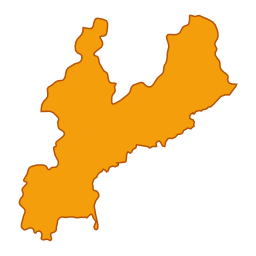 the Province of Hamgyŏng-namdo
{"feature_id": "PRK-3311", "entity_name": "Hamgyŏng-namdo", "entity_type": "Province", "adm_level": 1, "iso_a3": "PRK", "parent_name": "North Korea", "parent_adm1": "", "projection": "orthographic", "projection_center": [127.614, 40.189], "detail": "fine", "context": "isolated", "style": "filled", "palette": "amber", "viewbox_px": 256, "rotation_deg": 0, "n_neighbors": 0, "source": "natural_earth", "source_scale": "10m", "svg_char_len": 5657}
<svg xmlns="http://www.w3.org/2000/svg" viewBox="0 0 256 256"><path d="M236.6,84.3L236.1,85.2L235.8,86.4L232.7,90.4L229.5,94.9L225.4,94.8L220.7,96.5L214.2,103.6L210.8,106.7L208.2,107.2L206.8,108.7L204.0,109.6L202.5,109.7L201.5,111.0L198.8,110.6L195.9,111.5L194.3,113.9L193.2,113.9L193.1,112.8L191.4,113.6L189.9,115.5L189.7,118.4L190.8,119.0L193.3,120.0L193.6,121.1L194.3,121.9L193.8,123.6L194.0,126.4L192.8,126.9L190.9,128.8L190.3,128.8L189.1,128.2L187.4,128.1L186.5,128.9L183.5,130.5L182.9,132.2L182.2,133.1L180.6,134.1L178.0,134.2L175.3,137.1L174.1,137.7L172.0,138.6L170.3,138.3L168.0,138.6L165.6,142.0L164.8,146.5L162.5,145.9L160.6,142.2L159.1,140.9L156.8,142.0L156.0,143.3L156.6,146.4L155.8,146.6L153.9,146.4L153.0,146.4L152.1,146.8L150.5,147.7L149.7,147.9L149.0,147.7L148.3,146.7L136.7,144.7L136.3,145.2L136.2,146.9L135.9,147.5L135.2,148.2L134.4,148.7L133.6,148.9L133.0,149.4L131.5,152.0L130.9,152.8L130.1,153.1L128.0,151.7L126.6,154.3L126.6,156.3L126.0,161.1L125.2,162.1L117.1,163.0L118.4,164.1L118.2,165.3L115.4,166.7L112.3,166.2L109.5,167.3L108.1,170.9L106.7,172.0L105.4,170.4L103.2,169.2L101.8,171.6L100.5,172.1L99.0,173.2L97.8,174.6L96.7,177.2L94.2,178.8L93.6,179.8L93.4,180.6L92.7,182.4L92.5,183.4L92.5,184.4L92.9,186.0L93.1,188.8L93.4,190.0L94.0,190.5L94.8,190.4L97.0,191.4L98.5,193.6L98.9,196.2L95.6,201.1L94.1,205.8L95.4,213.5L97.9,224.9L97.8,228.0L97.1,229.2L96.1,229.7L95.1,229.3L94.2,228.0L94.1,226.5L94.7,224.8L96.0,221.7L93.0,217.4L92.7,215.9L91.9,214.6L90.8,214.2L89.7,215.1L87.0,217.6L86.8,217.9L85.6,217.3L85.0,217.2L84.4,217.2L83.8,217.4L81.6,217.2L77.3,217.8L72.9,217.0L70.0,216.8L65.6,217.5L62.3,216.9L61.7,217.0L61.1,217.1L60.4,217.5L59.7,217.9L58.9,218.7L58.3,219.4L57.8,220.2L57.5,221.2L57.0,224.8L56.4,227.2L56.3,229.5L56.1,230.3L55.7,231.0L54.7,231.8L54.0,232.2L51.4,233.0L50.9,233.6L50.6,234.5L50.9,236.3L51.5,238.3L51.5,239.0L51.3,239.7L50.2,240.6L48.4,239.6L47.5,239.4L46.2,239.3L43.7,239.8L43.0,239.8L42.4,239.6L41.8,239.3L41.3,238.8L41.2,238.1L41.9,235.9L41.9,235.1L41.9,234.2L41.5,233.1L41.1,232.3L40.6,231.7L40.0,231.4L39.4,231.2L38.7,231.1L38.1,231.2L37.4,231.4L36.8,231.7L35.9,232.8L35.3,233.1L34.8,233.0L34.5,232.6L34.2,232.0L33.9,230.8L33.5,229.6L33.1,229.0L32.7,228.6L32.0,228.2L31.3,228.0L30.1,227.9L29.4,228.0L28.8,228.2L25.9,229.6L24.9,229.8L24.2,229.7L23.6,229.4L23.0,229.0L22.4,228.4L21.6,227.2L21.4,226.6L21.4,225.2L21.7,223.3L23.6,215.8L25.0,212.3L25.1,211.6L25.1,210.7L24.7,209.5L24.2,208.8L20.9,205.6L20.0,204.5L19.7,203.9L19.4,203.3L19.4,202.3L19.6,201.2L20.4,199.1L21.1,198.0L21.8,197.2L22.3,196.8L22.8,196.1L23.1,195.3L23.1,194.0L23.1,193.1L22.9,192.4L22.2,190.6L22.2,189.8L22.3,188.9L23.0,187.8L26.4,184.1L26.7,183.6L26.8,183.0L26.6,182.3L26.3,182.0L24.5,181.5L24.0,181.2L23.8,180.5L23.9,179.6L25.2,177.2L26.6,175.1L26.9,174.5L27.2,173.8L28.4,169.6L28.9,168.6L29.4,167.9L29.9,167.4L31.2,166.6L32.3,166.2L37.2,165.0L42.9,165.0L44.2,165.3L45.4,165.8L45.9,166.1L46.4,166.6L47.9,169.1L48.3,169.5L48.7,169.6L49.2,169.6L49.8,169.3L50.3,169.0L51.1,168.0L51.6,167.6L52.3,167.4L55.8,167.2L56.3,166.9L56.9,166.5L57.6,165.4L58.1,164.3L58.3,163.6L58.4,162.8L58.3,161.7L58.0,160.6L55.4,155.8L55.0,154.8L54.0,150.3L53.7,148.8L53.7,148.2L53.8,147.5L54.1,147.0L55.3,146.6L55.9,146.4L56.2,145.8L56.1,145.0L55.9,143.8L55.9,143.0L56.1,142.3L56.5,141.8L62.9,136.6L63.8,135.5L64.1,134.9L64.3,134.3L64.3,132.9L63.8,132.1L63.0,131.2L59.8,129.2L58.9,128.4L58.4,127.3L58.1,125.7L57.7,122.4L58.0,121.5L58.5,120.3L58.6,119.7L58.7,119.1L58.6,118.6L58.4,118.0L58.0,117.3L53.8,113.1L53.1,112.6L51.9,112.0L50.3,111.5L49.2,111.3L41.2,111.5L41.2,109.9L41.4,107.8L41.8,105.7L42.3,103.8L44.0,101.1L46.1,98.9L47.7,96.5L47.8,93.3L47.3,89.1L48.4,87.1L50.5,86.0L53.2,84.1L54.5,82.9L55.7,81.9L57.0,81.2L58.6,80.8L62.4,80.3L63.5,79.7L65.1,77.1L66.4,70.4L68.3,67.8L75.0,63.8L78.8,62.7L79.9,62.0L80.8,61.0L81.5,59.8L81.9,58.2L81.8,55.9L80.8,54.5L77.5,52.9L75.6,50.4L75.2,46.4L75.8,42.3L77.3,39.3L81.6,34.5L82.8,31.8L83.2,27.5L86.8,28.3L90.4,28.6L92.0,28.0L93.0,26.7L93.5,24.7L93.9,22.5L95.3,19.1L97.5,18.2L103.3,19.4L106.5,20.9L107.6,23.7L107.5,27.4L106.9,31.8L106.5,33.4L105.9,34.7L104.9,35.6L103.7,36.0L101.1,36.2L99.9,36.9L100.3,38.2L102.4,41.7L102.7,44.6L101.3,47.2L95.9,51.4L94.7,52.6L94.0,53.9L94.2,55.3L95.4,55.9L96.9,56.3L98.1,57.4L98.6,58.9L99.1,62.0L99.5,63.4L103.0,69.6L103.9,70.9L104.9,71.6L105.9,72.1L106.9,73.0L107.7,74.7L108.3,78.9L108.8,80.7L109.4,81.8L110.2,82.5L111.1,82.9L112.2,83.1L115.0,83.2L116.0,83.7L115.5,84.9L114.6,86.2L114.6,87.3L114.9,88.6L115.1,90.2L114.9,91.8L114.4,92.7L112.8,94.6L112.1,96.0L111.8,97.3L111.7,100.4L111.8,102.6L112.4,103.8L113.4,104.0L114.9,103.6L120.6,100.4L128.5,94.0L129.6,92.5L130.3,90.7L130.8,88.9L131.4,87.4L132.3,86.1L133.5,85.1L140.2,82.6L141.6,82.5L142.8,82.8L143.9,83.7L146.1,85.9L148.6,87.0L151.1,86.7L153.4,84.4L156.8,79.1L158.1,77.5L162.1,74.0L163.1,72.5L163.5,71.2L164.0,66.8L164.5,65.4L165.8,63.1L166.3,61.8L166.8,59.8L167.1,57.8L167.3,53.7L167.6,51.7L168.6,47.8L168.8,46.0L168.2,42.9L167.0,39.4L166.6,36.3L168.0,34.6L170.7,34.5L173.9,34.7L176.9,34.5L179.4,33.2L180.4,31.8L182.0,28.6L182.9,27.1L184.4,26.2L187.9,24.8L188.9,23.6L189.2,22.2L189.5,20.3L189.6,18.3L189.5,16.9L189.7,15.5L191.1,15.4L194.7,16.5L195.6,16.4L197.7,15.8L199.1,15.6L200.3,16.0L209.4,20.0L212.7,22.0L215.1,24.8L217.3,30.2L217.9,33.1L218.0,36.2L217.5,38.3L215.7,41.6L214.8,43.6L215.0,45.4L216.1,47.3L216.8,49.1L216.3,50.7L215.2,52.4L215.1,54.1L215.7,55.9L216.8,57.7L218.4,59.7L219.2,60.8L219.7,62.0L219.9,63.4L220.0,66.3L220.3,67.8L221.4,69.8L223.0,71.5L226.5,74.2L227.9,76.0L228.0,77.6L227.7,79.2L228.0,81.3L229.0,82.8L230.4,83.6L232.0,84.0L236.6,84.3Z" fill="#f59e0b" stroke="#b45309" stroke-width="1.5"/></svg>